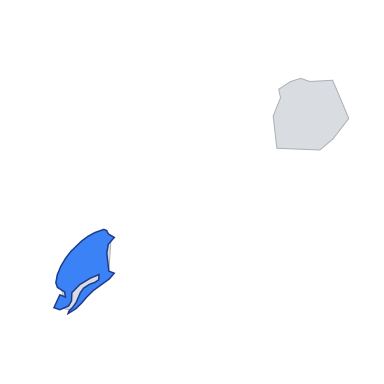 Barbuda highlighted on a map of Antigua and Barbuda, rotated 236°
{"feature_id": "ATG-5091", "entity_name": "Barbuda", "entity_type": "Dependency", "adm_level": 1, "iso_a3": "ATG", "parent_name": "Antigua and Barbuda", "parent_adm1": "", "projection": "equal_earth", "projection_center": [-61.817, 17.637], "detail": "fine", "context": "in_parent", "style": "filled", "palette": "blue", "viewbox_px": 384, "rotation_deg": 236, "n_neighbors": 0, "source": "natural_earth", "source_scale": "10m", "svg_char_len": 985}
<svg xmlns="http://www.w3.org/2000/svg" viewBox="0 0 384 384"><g transform="rotate(236 192 192)"><path d="M217.7,351.5L206.0,371.1L165.3,363.1L157.2,338.7L155.3,321.5L180.8,286.8L209.5,301.7L220.6,318.1L228.7,321.4L228.5,335.4L225.4,345.7L217.7,351.5ZM206.4,87.8L200.9,100.6L171.1,77.4L162.0,33.6L163.0,24.4L168.0,19.6L179.8,28.0L195.6,31.2L205.5,45.4L206.4,87.8Z" fill="#d9dde1" stroke="#a8b0b8" stroke-width="1"/><path d="M172.9,78.8L168.2,82.1L166.2,75.0L165.5,55.0L163.8,46.0L161.7,38.5L160.2,30.8L160.5,21.3L161.8,22.9L162.4,24.5L163.0,28.3L165.2,34.2L171.0,43.2L172.9,48.3L172.8,55.2L171.4,61.0L171.4,65.6L175.6,68.7L177.4,59.6L178.0,47.1L175.7,36.1L169.2,31.3L166.5,26.0L168.3,16.6L173.3,12.9L180.6,24.9L178.1,26.8L175.6,28.3L180.4,30.5L188.1,27.1L192.8,28.3L198.7,34.0L203.8,41.8L207.8,50.3L210.5,58.4L213.1,73.1L213.4,81.1L212.7,88.8L210.3,98.0L207.8,99.7L204.0,99.2L197.8,102.2L195.5,93.4L189.0,87.2L172.9,78.8Z" fill="#3b82f6" stroke="#1e3a8a" stroke-width="1.5"/></g></svg>